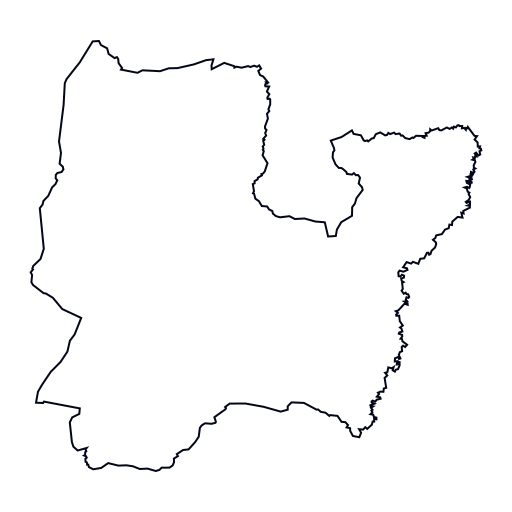 outline of Thung Fon, Udon Thani, Thailand
{"feature_id": "78962969B54010161704756", "entity_name": "Thung Fon", "entity_type": "district", "adm_level": 2, "iso_a3": "THA", "parent_name": "Thailand", "parent_adm1": "Udon Thani", "projection": "mercator", "projection_center": [103.239, 17.504], "detail": "fine", "context": "isolated", "style": "outline", "palette": "ink", "viewbox_px": 512, "rotation_deg": 0, "n_neighbors": 0, "source": "geoboundaries", "source_scale": "gbopen_adm2", "svg_char_len": 6006}
<svg xmlns="http://www.w3.org/2000/svg" viewBox="0 0 512 512"><path d="M92.7,41.4L79.8,62.3L66.5,79.2L64.8,83.2L63.6,104.9L59.0,141.5L61.0,152.9L59.6,163.7L62.8,166.7L63.4,169.4L61.6,172.0L57.4,173.0L55.8,174.9L55.7,178.5L57.3,180.3L55.4,184.2L52.1,187.4L48.3,195.8L43.4,201.0L42.6,204.5L39.8,208.2L43.8,248.8L40.5,259.0L33.3,265.9L32.3,268.7L33.0,269.5L30.7,272.3L32.1,275.0L31.4,282.2L33.0,285.0L43.6,293.2L45.9,293.5L52.9,297.8L62.3,309.1L81.2,317.9L74.6,334.5L69.9,340.7L67.4,351.6L60.5,362.0L50.7,371.9L42.0,384.8L38.0,391.7L36.0,402.7L43.1,403.0L44.0,401.6L79.8,408.4L79.3,413.9L72.2,417.4L69.8,422.4L71.9,442.1L73.4,446.7L77.7,450.5L86.6,448.0L85.5,449.4L86.3,451.2L85.2,452.2L85.1,454.9L84.1,455.5L86.1,456.3L86.7,457.7L85.4,458.7L85.5,461.7L86.9,462.5L87.1,464.7L88.3,464.7L88.9,467.1L93.3,469.3L101.3,467.9L108.2,463.1L118.3,465.6L126.5,465.3L133.0,466.3L139.8,469.0L147.5,468.6L155.7,471.0L159.4,469.9L161.6,467.7L169.6,467.6L172.6,465.5L174.0,462.3L173.9,458.6L177.9,456.1L176.8,454.1L183.1,450.0L188.6,449.4L195.2,442.0L198.7,436.8L199.9,427.8L201.7,425.4L205.0,423.3L211.6,423.8L215.4,422.8L215.9,421.9L214.4,417.2L225.4,409.3L226.0,408.1L225.1,407.0L229.7,403.6L245.3,403.5L263.6,406.8L280.7,411.6L287.7,409.7L287.7,406.3L291.5,402.4L303.9,402.9L316.5,409.6L318.2,409.5L320.7,411.8L325.5,412.7L329.3,415.9L330.2,415.1L337.5,415.9L341.5,421.8L345.4,422.2L348.0,425.1L346.6,427.4L350.1,428.2L350.2,430.9L352.9,436.0L359.3,437.2L361.1,432.7L359.1,429.2L363.1,429.6L365.3,427.2L367.2,428.9L371.9,424.6L372.6,421.6L374.2,421.6L374.1,418.8L376.4,419.3L376.4,417.6L374.0,417.0L373.2,414.7L370.5,414.2L372.4,412.3L371.4,410.6L372.5,409.8L371.0,407.8L373.0,406.5L370.7,406.2L370.3,405.3L374.4,403.7L371.7,402.5L371.6,401.4L372.7,400.6L375.3,401.6L376.7,399.7L380.6,398.7L380.1,397.3L376.9,396.7L379.1,394.0L378.0,392.7L380.5,391.6L383.4,391.8L383.8,388.5L386.2,387.8L384.6,377.9L387.3,375.5L385.1,372.8L387.3,372.3L388.3,367.4L391.7,368.3L393.6,367.1L392.7,370.3L394.9,371.6L395.7,369.8L398.0,369.1L399.6,365.4L399.6,362.1L398.4,362.0L398.0,364.3L396.7,364.5L397.4,361.2L394.8,361.5L395.0,358.3L398.0,357.0L399.1,359.0L400.4,358.5L398.8,354.9L399.9,352.1L402.1,351.2L401.7,347.0L403.1,345.7L405.1,347.0L407.1,344.8L402.5,341.3L401.9,338.8L400.6,338.7L402.3,336.3L402.1,334.9L398.8,333.7L399.2,332.5L402.4,331.5L401.4,328.5L400.0,327.5L402.8,325.5L399.8,321.2L399.2,315.7L396.4,315.8L396.1,314.7L397.9,312.9L395.8,311.2L398.3,310.4L404.5,303.7L407.7,304.8L407.6,303.2L404.5,301.5L407.1,301.1L405.8,299.5L406.5,297.3L408.4,297.9L409.2,296.9L408.2,294.3L406.5,294.1L405.6,292.7L403.7,293.7L401.6,290.7L402.8,288.8L402.1,282.9L403.6,282.1L401.7,280.9L401.2,278.5L403.9,277.6L404.1,275.7L402.0,274.7L400.4,276.5L398.6,276.2L398.3,272.3L399.6,270.6L403.4,271.7L407.5,269.9L407.0,268.3L403.1,267.3L406.6,262.1L411.2,263.6L412.9,261.8L418.3,263.8L420.2,258.8L424.2,258.3L427.0,252.8L428.4,252.7L429.1,254.7L430.5,254.0L431.6,250.7L435.0,247.6L436.2,244.1L435.9,242.4L433.0,239.8L435.3,238.0L436.2,235.4L441.9,234.1L445.0,229.6L448.7,228.2L449.4,224.6L452.0,225.0L452.3,221.6L457.7,216.9L462.5,217.6L461.3,212.8L463.6,213.5L463.2,211.0L469.9,207.6L469.9,205.9L467.8,205.5L470.0,204.6L470.0,201.7L466.6,202.9L465.8,201.9L468.7,200.0L470.2,197.2L468.6,194.1L469.4,192.7L467.7,191.7L466.8,188.5L464.6,187.5L467.1,186.8L469.2,188.0L469.8,187.0L470.2,184.5L466.9,182.9L466.4,180.9L468.6,181.2L470.4,183.1L471.7,182.7L471.3,181.2L469.4,180.5L469.3,177.6L467.4,176.9L469.2,176.3L470.6,178.9L471.8,179.0L470.7,174.9L472.3,175.5L472.9,174.3L470.9,173.7L471.0,171.9L473.7,172.8L474.5,171.8L473.3,169.5L475.3,168.5L473.9,167.7L473.7,165.2L475.4,162.0L474.9,160.4L472.5,159.7L473.8,158.9L473.3,157.6L474.8,158.1L474.9,156.5L476.6,156.5L474.7,153.5L476.1,152.6L478.5,155.5L480.2,154.5L479.5,151.2L481.3,150.4L480.9,148.7L479.4,148.3L480.0,146.4L477.8,146.6L477.6,142.5L474.6,139.5L477.0,136.1L474.5,135.9L467.9,127.0L467.5,128.3L466.1,127.9L465.8,129.8L464.1,127.9L461.9,128.3L462.2,126.0L459.4,126.1L458.8,125.2L457.5,125.3L455.9,127.4L454.0,126.6L453.2,128.6L452.0,127.4L449.7,128.9L446.8,127.5L441.3,130.4L439.4,130.1L438.2,128.2L431.7,130.5L430.2,129.3L430.2,131.0L428.7,132.6L425.6,133.2L426.7,135.7L424.5,135.9L424.5,137.8L422.6,137.1L422.7,136.0L416.1,135.8L413.4,138.0L412.4,137.5L409.6,139.1L405.3,138.1L402.5,135.4L401.1,135.7L399.6,133.5L395.6,134.1L394.1,132.6L390.1,134.1L388.3,132.9L387.1,134.9L385.2,135.4L380.2,132.4L375.8,134.2L373.7,138.2L371.9,138.4L368.2,141.4L367.1,140.4L365.0,141.1L363.6,140.3L360.9,135.3L353.6,133.9L351.9,130.4L341.6,137.0L330.8,140.6L334.0,148.1L334.4,150.4L333.0,152.3L332.6,157.5L335.5,164.3L338.8,167.9L341.4,168.0L343.3,169.3L346.5,172.2L346.9,173.9L352.0,174.6L353.9,173.1L355.9,175.2L358.1,175.0L360.0,177.7L358.7,183.5L362.0,187.2L362.7,189.9L356.6,198.0L354.8,203.8L352.2,207.1L352.0,215.8L341.2,222.2L336.9,229.6L335.8,236.0L328.1,236.5L324.8,222.3L315.3,221.5L304.5,218.5L294.9,219.0L289.4,216.2L280.1,217.3L275.9,216.1L272.9,213.6L272.3,211.0L269.1,209.5L267.2,206.5L261.8,206.0L259.0,201.3L255.3,198.6L254.1,193.8L253.0,193.3L254.0,191.3L252.8,184.1L254.6,183.3L254.6,181.1L257.6,179.4L257.9,177.7L261.9,175.4L261.4,174.1L263.1,173.5L264.8,171.3L267.5,163.2L262.6,155.3L263.8,151.1L262.8,149.8L263.5,148.7L262.7,146.5L264.2,144.8L263.2,140.8L264.4,139.8L263.2,138.9L266.1,135.6L265.2,133.0L266.5,130.0L265.1,128.5L265.0,126.4L267.9,118.6L267.0,113.8L269.3,111.0L268.4,109.3L270.2,104.3L270.2,99.4L269.7,98.7L267.6,99.0L267.3,97.7L269.3,94.1L266.9,91.6L269.1,86.5L265.4,86.3L265.1,85.4L265.4,84.1L267.1,83.5L266.1,82.3L267.8,82.2L263.3,76.6L260.0,75.0L258.3,70.9L261.1,68.6L259.2,65.4L257.0,66.8L254.2,65.7L250.3,67.0L248.1,66.1L241.6,67.7L236.6,66.7L234.4,67.6L234.3,66.2L224.2,62.9L211.7,69.2L211.5,65.5L213.4,59.3L205.9,60.2L193.9,64.4L177.6,68.1L168.8,68.3L160.0,71.2L142.4,70.3L137.5,72.8L121.0,69.6L122.1,68.0L118.6,63.2L118.2,59.0L116.9,57.1L114.6,58.1L108.6,53.9L107.1,48.3L101.0,45.1L98.9,41.0L92.7,41.4Z" fill="none" stroke="#020617" stroke-width="2"/></svg>